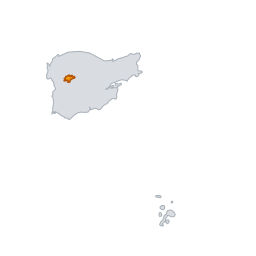 Loreto, Orellana, Ecuador shown in context, rotated 234°
{"feature_id": "8360857B25470470808554", "entity_name": "Loreto", "entity_type": "district", "adm_level": 2, "iso_a3": "ECU", "parent_name": "Ecuador", "parent_adm1": "Orellana", "projection": "equal_earth", "projection_center": [-77.401, -0.648], "detail": "fine", "context": "in_parent", "style": "filled", "palette": "amber", "viewbox_px": 256, "rotation_deg": 234, "n_neighbors": 0, "source": "geoboundaries", "source_scale": "gbopen_adm2", "svg_char_len": 5548}
<svg xmlns="http://www.w3.org/2000/svg" viewBox="0 0 256 256"><g transform="rotate(234 128 128)"><path d="M228.1,100.6L227.5,101.2L225.8,101.4L224.5,100.9L224.0,100.9L223.9,101.4L225.6,102.9L226.4,105.6L227.6,107.2L228.4,108.0L228.5,108.6L228.2,109.6L228.2,110.5L228.6,114.6L228.3,114.8L227.4,114.8L226.6,114.1L224.6,124.1L218.3,134.1L211.0,141.2L202.7,145.2L196.6,148.1L195.6,149.1L192.6,154.2L192.5,154.7L192.9,155.5L192.9,156.0L192.5,156.4L192.1,156.4L191.9,156.2L191.8,155.6L191.4,155.0L190.9,154.8L190.6,154.9L190.6,155.5L190.0,158.2L190.0,159.5L189.7,160.0L189.7,161.2L189.1,162.3L188.6,164.1L188.1,164.7L187.5,167.5L186.5,170.3L186.5,171.2L186.8,171.9L186.9,172.4L186.5,174.2L184.3,175.8L183.7,176.7L183.5,177.6L183.7,178.4L183.6,179.0L182.9,179.3L182.2,180.9L181.7,181.2L180.3,180.7L179.3,180.7L178.6,180.2L177.0,177.5L176.5,175.9L176.3,173.8L174.8,172.4L172.9,172.7L172.3,172.2L170.8,171.3L169.6,170.3L168.7,169.8L168.0,170.0L166.8,171.8L165.7,172.5L165.2,172.5L164.5,172.0L164.4,171.4L166.0,168.3L164.8,168.3L164.4,167.6L164.3,166.8L164.1,166.0L164.4,165.0L165.0,164.5L166.0,164.9L166.6,165.0L167.1,164.0L168.0,163.3L168.2,162.9L167.7,161.4L167.6,160.6L167.7,160.1L167.7,158.5L167.4,157.9L167.3,157.0L167.1,156.5L167.0,155.4L166.4,154.8L168.4,153.7L169.1,152.9L170.0,152.1L170.8,151.0L171.3,149.9L172.5,144.7L173.7,141.4L173.5,139.9L172.5,137.7L172.3,134.6L172.4,133.7L172.3,133.0L171.6,134.3L171.8,138.9L171.3,140.9L170.5,141.4L170.0,141.1L170.3,137.7L169.7,138.3L168.8,140.6L167.3,142.3L167.2,142.8L166.9,143.5L165.7,142.9L164.8,142.2L161.9,138.4L160.1,137.6L158.9,136.3L158.7,135.7L158.5,135.0L159.7,134.2L160.9,133.1L161.0,130.8L161.0,128.9L160.1,125.8L160.5,121.7L160.3,120.1L159.3,116.6L160.0,114.9L162.7,113.7L163.5,112.8L164.1,110.1L164.7,108.5L165.9,109.2L166.9,109.1L165.6,108.5L164.6,106.0L164.4,104.9L166.4,101.6L167.4,100.7L168.7,98.9L169.8,96.3L170.0,92.1L169.6,89.0L169.2,85.9L169.9,85.0L171.5,84.6L172.8,83.6L173.5,82.6L175.1,82.8L176.9,81.3L179.8,80.6L183.8,78.9L184.7,77.4L184.3,74.8L185.8,76.4L186.5,77.6L188.6,79.0L191.0,81.5L192.6,82.8L194.4,84.0L196.9,85.2L198.5,85.0L199.2,86.9L199.7,87.4L201.2,88.1L201.4,88.3L201.9,91.8L202.2,92.3L203.5,92.9L205.1,93.1L205.7,93.0L207.1,93.9L209.2,94.7L210.0,94.8L210.3,94.7L210.4,94.3L211.1,94.4L212.0,94.8L213.3,94.9L214.1,94.5L214.3,92.6L214.6,92.1L215.6,91.4L216.1,91.6L218.5,93.1L219.0,93.7L219.7,94.7L220.8,96.3L222.1,97.4L224.1,97.8L225.9,99.5L228.1,100.6ZM32.1,98.4L32.9,99.5L33.3,102.5L35.8,105.7L36.1,107.5L35.8,108.3L36.0,108.7L37.1,109.9L37.9,111.3L36.6,114.4L33.9,115.7L30.9,115.6L30.3,115.3L29.5,114.1L29.4,113.0L29.8,112.0L31.4,110.5L33.7,109.1L34.0,108.1L33.0,107.0L32.4,105.0L30.9,103.6L30.2,99.2L29.7,99.0L28.7,99.6L28.2,99.1L28.1,98.8L29.2,97.8L29.4,97.1L31.0,96.7L31.7,97.3L32.1,98.4ZM43.6,111.6L43.0,111.6L41.1,110.0L41.2,108.4L42.0,107.4L44.4,106.8L45.4,107.8L45.4,109.7L44.5,111.1L43.9,111.3L43.6,111.6ZM168.7,147.9L168.5,148.6L167.3,148.5L167.0,148.3L167.3,145.3L167.6,144.3L168.6,143.4L169.4,142.9L170.4,143.0L171.5,143.8L170.2,145.4L169.2,145.8L168.7,147.9ZM30.2,106.4L29.0,106.7L28.0,106.2L27.5,105.3L27.4,104.0L27.5,103.5L29.8,103.1L30.6,104.2L30.5,105.8L30.2,106.4ZM54.8,113.9L53.4,114.6L52.6,113.9L52.5,113.5L53.3,112.5L54.1,111.9L54.8,110.8L56.1,110.1L56.4,110.2L56.7,110.5L56.8,110.9L56.4,111.8L55.6,112.5L54.8,113.9ZM40.7,104.3L40.1,104.8L37.8,104.3L37.1,103.3L37.7,102.0L38.1,101.5L39.5,102.0L40.9,103.4L40.7,104.3ZM42.5,121.0L42.0,121.0L41.4,120.3L41.9,119.0L42.8,119.7L43.1,120.2L42.5,121.0ZM183.7,78.1L183.0,78.3L182.7,77.5L183.5,76.5L183.8,76.4L183.7,78.1Z" fill="#d9dde1" stroke="#a8b0b8" stroke-width="1"/><path d="M200.6,112.0L200.6,112.3L200.6,112.5L200.6,112.8L200.5,113.0L200.6,113.3L200.4,113.4L200.3,113.7L200.2,113.8L199.9,113.9L199.9,114.0L200.0,114.3L200.1,114.2L200.2,114.4L200.3,114.3L200.5,114.4L200.6,114.5L200.8,114.5L200.8,114.4L200.9,114.5L200.9,114.4L201.0,114.4L201.2,114.2L201.3,114.2L201.4,113.9L201.5,113.9L201.5,114.0L201.5,113.9L201.5,113.7L201.8,113.6L202.0,113.6L201.9,113.5L202.0,113.5L202.3,113.6L202.5,113.5L202.4,113.4L202.5,113.4L202.6,113.2L202.7,113.3L202.8,113.2L203.0,113.0L203.0,112.9L203.3,112.7L203.4,112.8L203.4,112.7L203.5,112.8L203.5,112.7L203.8,112.5L203.9,112.4L203.9,112.2L204.0,112.2L204.0,111.9L204.2,111.7L204.3,111.7L204.5,111.6L204.7,111.4L204.8,111.4L204.7,111.3L204.8,111.3L204.8,111.2L205.0,110.9L205.1,110.5L205.3,110.3L205.5,110.4L205.5,110.2L205.5,109.9L205.6,109.6L205.8,108.9L205.9,108.7L205.9,108.4L206.0,108.2L206.2,107.9L205.9,107.7L205.6,107.3L205.4,107.0L205.5,106.8L205.5,106.7L205.4,106.2L205.3,106.4L205.2,106.4L204.9,106.1L204.7,106.0L204.5,105.9L204.4,105.9L204.3,105.7L204.2,105.6L204.1,105.4L204.2,105.2L203.9,104.9L203.8,105.0L203.7,105.0L203.7,104.9L203.6,105.0L203.6,104.9L203.5,104.7L203.4,104.5L203.2,104.8L203.1,105.1L203.1,105.3L203.1,105.5L203.1,105.8L202.9,105.8L202.7,105.8L202.6,106.0L202.5,106.3L202.5,106.5L202.4,106.5L202.4,106.8L202.3,107.0L202.2,107.0L202.0,107.3L201.9,107.3L201.7,107.3L201.5,107.2L201.4,107.2L201.2,107.0L201.0,106.9L200.9,106.9L200.8,106.7L200.6,106.7L200.5,106.4L200.4,106.3L200.2,106.3L200.1,106.5L200.2,106.8L200.2,107.0L199.9,107.2L199.8,107.3L199.7,107.4L199.6,107.5L199.4,107.7L199.4,107.8L199.5,108.0L199.8,108.2L199.8,108.3L199.9,108.5L200.0,108.8L200.3,109.0L200.6,109.1L200.5,109.3L200.6,109.5L200.6,109.8L200.7,110.0L200.8,110.1L200.9,110.3L201.0,110.4L200.9,110.6L200.8,110.9L200.7,110.9L200.7,111.0L200.6,111.4L200.6,111.5L200.5,111.9L200.5,112.0L200.6,112.0Z" fill="#f59e0b" stroke="#b45309" stroke-width="1.5"/></g></svg>